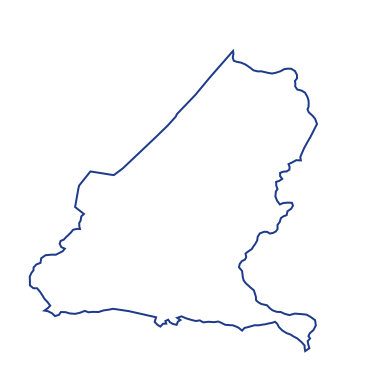 São Bento do Sul, Santa Catarina, Brazil (Natural Earth projection), rotated 280°
{"feature_id": "56859067B90666299888242", "entity_name": "São Bento do Sul", "entity_type": "district", "adm_level": 2, "iso_a3": "BRA", "parent_name": "Brazil", "parent_adm1": "Santa Catarina", "projection": "natural_earth1", "projection_center": [-49.376, -26.295], "detail": "fine", "context": "isolated", "style": "outline", "palette": "blue", "viewbox_px": 384, "rotation_deg": 280, "n_neighbors": 0, "source": "geoboundaries", "source_scale": "gbopen_adm2", "svg_char_len": 2953}
<svg xmlns="http://www.w3.org/2000/svg" viewBox="0 0 384 384"><g transform="rotate(280 192 192)"><path d="M49.6,70.8L48.3,75.2L46.0,78.6L47.9,82.3L51.0,83.7L51.7,88.2L51.2,92.7L51.7,98.0L53.5,102.4L56.3,107.1L55.6,110.9L56.7,115.0L57.6,120.8L60.1,125.6L61.7,130.6L63.2,134.3L63.4,138.5L63.7,150.6L62.4,178.4L57.6,177.8L55.1,181.2L54.0,184.3L57.2,186.3L57.9,189.5L60.3,188.2L62.1,190.7L59.9,192.9L58.8,195.9L58.5,199.9L61.9,200.6L63.9,202.8L65.5,199.3L67.7,203.2L66.5,208.5L65.9,213.9L65.6,218.2L66.9,221.9L65.6,225.7L67.1,231.0L67.6,236.0L69.0,240.5L68.1,244.1L67.0,247.7L67.4,251.7L67.8,255.8L66.6,261.1L64.2,265.4L67.3,267.4L68.7,270.7L70.3,274.0L71.7,276.9L72.3,280.8L73.6,284.4L74.6,287.5L76.0,290.6L77.0,293.5L78.6,296.3L76.9,298.9L74.0,301.1L71.3,305.0L69.4,309.8L68.8,313.6L67.4,317.0L66.0,321.2L63.3,325.8L60.4,329.5L57.7,330.1L55.0,331.1L58.5,334.7L62.2,332.9L65.2,331.8L68.3,333.7L70.3,331.7L73.3,332.5L77.0,335.5L82.1,337.1L87.1,335.5L89.5,330.7L91.1,326.1L90.7,320.3L90.1,314.4L87.7,309.3L88.1,304.5L89.2,300.4L88.7,296.1L89.5,291.8L91.1,288.7L93.5,285.5L93.7,279.9L94.9,276.5L96.5,273.9L99.9,273.1L102.5,271.8L105.9,270.0L108.4,265.7L111.5,260.8L113.9,258.2L117.0,256.8L122.8,255.1L126.1,251.3L129.5,251.5L132.7,253.2L134.5,255.8L137.3,256.7L140.7,255.4L143.2,257.7L146.2,260.8L149.3,262.0L151.8,263.3L155.6,264.6L159.4,264.5L163.0,266.0L165.3,269.9L165.8,272.9L164.6,275.9L166.0,279.3L167.8,281.5L170.5,282.7L174.4,281.9L177.7,283.6L181.8,284.1L184.1,286.5L185.6,289.2L189.6,289.4L192.9,292.7L196.1,293.8L198.7,292.3L198.2,288.2L196.9,283.6L195.0,280.7L198.2,277.3L202.1,274.9L207.0,274.5L209.7,275.7L212.8,273.9L216.6,273.1L218.1,276.0L220.6,278.6L222.9,276.0L226.2,275.5L227.9,278.4L228.7,281.7L230.9,284.0L233.6,283.8L236.2,282.2L238.6,285.6L241.4,289.1L242.0,293.7L245.2,292.6L254.4,294.7L260.6,296.8L266.9,299.1L280.7,303.3L285.6,300.4L288.3,297.1L290.7,293.2L293.5,291.4L296.0,292.0L299.8,291.5L302.5,290.8L306.2,288.8L309.5,286.0L310.9,282.2L311.2,277.9L313.8,275.3L316.6,275.0L319.2,274.1L322.2,275.7L325.6,275.0L329.0,272.4L330.6,268.3L330.1,264.9L329.0,261.5L326.3,258.2L323.9,253.7L322.6,250.3L322.5,246.9L322.7,242.9L322.9,239.3L322.2,235.9L322.5,231.4L324.9,226.9L326.9,222.3L327.9,217.9L328.0,213.4L328.5,210.4L331.3,208.8L335.2,208.8L338.0,207.9L307.8,189.6L288.5,178.6L266.2,163.7L263.4,162.9L253.3,156.6L239.2,146.4L203.3,119.8L195.1,112.1L194.9,107.4L194.9,104.1L194.8,99.4L194.6,88.4L178.7,79.7L175.4,79.5L172.0,79.5L162.4,79.5L156.9,79.5L151.6,89.4L148.8,87.2L144.5,87.3L141.8,86.3L138.6,87.0L136.1,88.1L135.7,85.0L134.1,81.4L131.1,79.8L128.4,77.9L125.8,75.9L122.8,74.0L121.0,71.1L118.0,70.7L115.1,72.8L114.1,76.6L111.2,74.9L108.7,71.6L106.6,68.8L105.9,64.6L104.3,58.7L100.6,55.0L95.9,55.1L93.6,51.3L90.2,49.1L87.3,49.5L84.4,47.9L80.4,46.9L76.9,47.7L71.9,48.6L69.7,52.5L70.3,56.2L67.3,59.7L63.4,63.4L61.2,65.2L58.7,68.6L55.5,72.1L52.6,70.2L49.6,67.3L49.6,70.8Z" fill="none" stroke="#1e3a8a" stroke-width="2"/></g></svg>